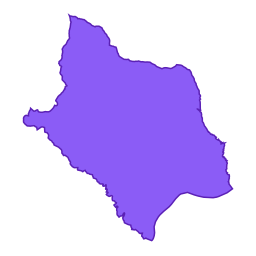 outline of Eselnita, Mehedinti, Romania
{"feature_id": "2599482B71409986806106", "entity_name": "Eselnita", "entity_type": "district", "adm_level": 2, "iso_a3": "ROU", "parent_name": "Romania", "parent_adm1": "Mehedinti", "projection": "orthographic", "projection_center": [22.261, 44.728], "detail": "fine", "context": "isolated", "style": "filled", "palette": "violet", "viewbox_px": 256, "rotation_deg": 0, "n_neighbors": 0, "source": "geoboundaries", "source_scale": "gbopen_adm2", "svg_char_len": 5796}
<svg xmlns="http://www.w3.org/2000/svg" viewBox="0 0 256 256"><path d="M200.6,110.4L200.3,108.7L200.2,102.7L200.0,101.3L199.5,100.0L200.5,99.1L199.9,98.2L199.8,97.7L200.5,96.1L200.3,95.2L199.3,94.3L199.1,91.9L199.2,91.0L198.7,89.9L197.6,88.3L196.7,85.9L196.3,85.3L196.0,83.4L195.2,82.4L194.4,80.7L194.1,78.7L193.0,76.7L191.9,75.4L191.0,72.1L189.5,69.9L187.4,69.4L185.6,67.8L183.5,66.7L181.9,65.5L180.6,65.1L176.6,64.7L175.6,66.1L171.7,68.3L170.3,68.5L166.9,67.8L165.1,67.7L163.8,67.9L162.0,68.7L156.7,66.6L154.9,64.9L152.1,63.7L150.0,62.2L147.3,62.0L145.1,62.1L142.4,61.7L141.1,61.8L138.5,61.0L137.1,61.4L135.9,61.2L134.8,61.5L132.4,61.4L129.9,60.8L129.4,60.5L128.7,59.5L128.3,59.3L126.7,59.5L123.9,59.3L119.5,56.5L119.1,56.0L118.5,54.8L118.3,53.8L117.5,52.6L116.4,48.2L115.9,47.1L114.4,46.9L113.5,46.3L112.0,46.1L109.5,45.2L109.6,44.5L109.4,44.0L109.7,40.8L109.4,39.4L108.8,38.2L107.2,36.2L106.5,34.5L104.9,33.0L103.8,30.9L102.9,30.0L101.9,27.8L99.0,26.2L95.9,26.2L95.1,26.8L91.8,25.4L90.4,23.9L89.2,23.2L87.1,22.3L86.8,21.7L84.1,19.6L82.8,19.5L81.7,19.1L80.3,19.0L79.1,18.5L77.9,18.8L77.3,17.9L76.4,17.2L75.1,16.5L73.0,16.6L71.1,16.1L70.2,16.1L69.3,15.4L69.9,17.0L70.3,19.2L70.4,20.6L71.1,22.1L70.7,23.2L70.2,27.3L69.2,30.9L69.3,32.1L69.1,33.0L69.1,34.0L69.3,34.8L69.2,36.0L69.6,38.1L68.7,39.5L67.7,40.6L66.1,44.2L63.5,46.5L63.3,47.4L62.5,48.4L62.2,49.3L62.6,50.7L62.6,52.8L62.2,54.1L62.2,54.9L61.9,55.5L62.1,56.6L61.9,58.5L61.0,60.0L59.1,61.6L59.0,62.7L58.8,63.4L59.3,64.0L59.9,65.5L61.3,66.2L61.6,66.8L61.0,67.7L60.6,70.8L60.0,72.8L60.7,74.4L61.6,75.1L62.4,76.8L62.2,77.9L62.2,79.8L65.2,82.9L65.7,84.2L66.9,85.8L65.3,86.6L65.0,88.4L64.6,88.8L64.8,89.3L63.9,90.1L63.0,91.8L61.3,93.3L60.6,94.5L59.5,95.1L58.1,96.5L55.8,100.3L55.8,100.9L56.7,101.7L57.4,103.0L57.5,104.1L57.1,105.3L56.7,105.6L55.8,105.7L54.7,105.3L53.5,107.7L51.9,109.5L50.3,111.0L48.8,111.8L46.7,111.8L45.4,111.6L42.3,112.3L40.0,112.2L38.4,111.7L37.6,109.9L36.5,110.1L34.9,111.1L33.7,111.1L30.6,108.3L30.5,109.4L29.4,111.2L29.0,112.5L28.4,113.7L28.5,115.8L26.1,115.3L25.0,115.8L24.2,116.6L23.7,117.5L23.5,118.2L23.6,119.4L23.5,121.0L23.6,122.2L24.8,123.8L27.2,125.9L30.3,126.1L33.5,125.7L34.6,125.8L35.0,126.5L36.7,127.3L37.2,129.8L41.3,127.0L42.5,126.9L44.5,127.5L44.8,132.0L46.4,132.6L47.1,132.6L48.5,134.6L48.6,135.2L48.4,136.4L48.5,136.9L48.1,137.9L49.9,139.9L51.7,140.9L52.5,142.4L53.6,143.2L54.1,145.0L58.5,147.1L61.4,149.7L61.9,151.2L61.9,153.0L62.1,153.5L62.6,153.8L63.5,155.5L65.1,155.3L67.9,157.3L69.2,160.3L69.6,160.5L69.6,160.9L70.4,161.9L70.5,162.5L70.3,162.9L70.2,163.9L70.8,164.4L70.9,165.0L71.6,165.6L72.2,166.5L73.8,167.5L74.6,167.7L77.8,167.6L77.5,169.6L77.7,170.0L81.8,170.9L82.3,171.5L82.8,171.7L83.7,170.9L85.1,170.3L85.7,171.6L86.5,172.1L87.2,173.4L88.2,173.4L89.1,173.7L89.7,174.2L92.4,174.7L92.7,176.1L93.2,176.8L93.2,177.5L93.4,178.0L95.8,178.8L96.2,179.1L96.9,180.2L97.2,181.4L97.7,181.9L98.9,182.3L99.3,183.5L100.7,184.0L102.7,184.0L103.1,184.2L103.2,184.6L102.8,185.4L102.9,185.9L103.4,186.2L104.9,186.0L105.7,184.9L106.0,184.9L106.1,185.1L106.1,186.7L105.6,188.9L105.7,189.2L106.1,189.3L106.7,188.9L107.1,189.3L107.2,189.9L106.7,190.9L106.8,191.2L106.3,191.8L106.3,192.1L107.4,192.0L107.8,192.2L108.0,192.5L107.9,192.9L106.7,193.9L106.3,194.4L107.1,195.3L109.1,196.4L110.1,196.2L110.8,195.7L111.5,195.6L112.0,195.8L112.4,196.3L112.2,197.9L112.2,198.9L112.3,199.9L112.6,200.5L113.2,200.8L114.5,200.9L115.2,202.1L116.4,202.7L116.3,203.3L115.9,203.7L114.2,204.6L114.0,205.2L115.8,207.4L116.2,207.4L116.6,206.5L116.9,206.1L117.6,206.4L117.9,207.0L116.9,208.0L116.7,208.5L116.7,210.4L117.1,211.3L117.0,214.1L117.5,215.4L117.9,215.6L119.0,217.1L119.3,217.0L120.4,216.0L122.3,215.9L123.5,213.4L123.9,213.1L124.4,213.0L124.6,213.6L124.3,215.0L123.7,216.3L122.7,217.9L123.3,219.9L124.1,220.9L124.1,221.4L124.5,222.8L128.1,224.5L130.8,225.2L131.0,226.7L131.9,228.6L131.7,229.4L132.0,229.6L132.4,229.0L133.1,229.5L134.0,229.9L134.4,229.9L135.4,229.5L138.0,231.5L139.3,233.1L139.7,233.2L140.3,233.6L140.8,233.3L142.4,233.2L142.2,234.2L141.8,234.8L141.8,236.2L142.8,237.2L143.6,238.8L145.0,238.6L145.9,238.1L147.0,238.8L151.7,240.6L152.4,240.0L153.3,238.5L154.2,235.7L154.6,232.7L154.1,226.8L155.5,221.7L158.3,216.9L160.0,214.8L163.7,211.3L169.2,206.7L171.4,204.3L175.7,198.7L179.2,195.1L180.7,194.0L187.5,192.4L194.3,194.9L198.1,196.0L203.6,197.2L213.1,197.7L216.7,197.1L218.8,196.4L227.2,192.7L232.5,188.8L229.0,184.0L229.0,183.2L228.4,181.9L228.7,181.8L228.5,181.4L228.7,181.2L228.8,180.3L228.8,179.4L229.3,178.8L229.1,178.3L229.4,176.8L229.3,175.1L229.0,174.6L228.1,174.6L226.9,173.5L226.9,173.3L227.4,172.8L226.5,172.1L226.1,171.0L226.0,169.5L226.7,169.0L226.8,168.5L226.6,167.0L226.8,165.7L226.7,164.8L227.3,163.3L227.2,162.8L226.6,162.2L226.7,161.8L226.5,161.1L227.1,160.7L226.9,160.5L226.3,160.6L225.7,160.3L225.4,159.4L226.0,159.6L225.8,159.0L224.9,158.5L223.7,157.5L224.5,157.4L224.4,157.2L222.5,156.1L222.8,154.4L223.3,154.1L223.7,152.8L222.8,152.2L222.8,151.9L223.0,151.5L223.4,151.4L223.3,150.4L223.8,150.0L223.2,149.4L224.0,148.2L223.9,147.1L224.5,145.7L224.5,144.8L224.2,143.6L224.8,143.0L223.7,143.2L222.9,142.7L222.3,143.5L221.1,143.9L221.1,143.5L221.7,142.9L221.3,143.0L221.2,142.3L220.7,142.5L220.5,142.0L220.8,141.6L220.0,141.1L219.1,140.3L218.6,139.4L218.2,140.1L216.4,139.1L215.7,138.5L215.6,138.2L216.3,137.3L216.0,137.1L215.7,137.3L215.6,137.2L215.4,136.9L215.4,136.5L214.7,136.1L214.1,135.2L212.4,134.9L212.5,134.6L211.6,134.1L210.6,134.2L209.5,132.5L208.9,132.1L208.5,132.2L208.3,131.4L207.7,131.1L206.9,129.2L205.1,126.6L204.6,126.2L203.4,122.9L202.4,121.6L202.3,118.3L202.3,117.9L201.9,117.5L201.5,115.7L201.6,114.4L201.2,112.6L200.8,112.1L200.1,111.8L199.6,110.9L197.5,109.1L197.8,109.0L198.4,109.6L200.2,110.5L200.6,110.4Z" fill="#8b5cf6" stroke="#5b21b6" stroke-width="1.5"/></svg>